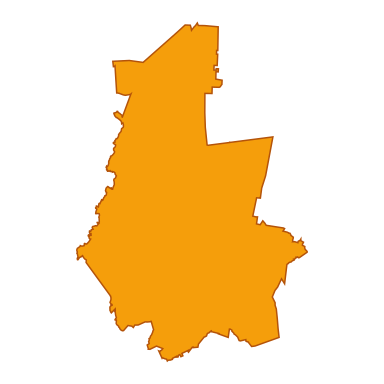 Ocampo, Guanajuato, Mexico
{"feature_id": "50627088B33469083637440", "entity_name": "Ocampo", "entity_type": "district", "adm_level": 2, "iso_a3": "MEX", "parent_name": "Mexico", "parent_adm1": "Guanajuato", "projection": "robinson", "projection_center": [-101.493, 21.604], "detail": "fine", "context": "isolated", "style": "filled", "palette": "amber", "viewbox_px": 384, "rotation_deg": 0, "n_neighbors": 0, "source": "geoboundaries", "source_scale": "gbopen_adm2", "svg_char_len": 5952}
<svg xmlns="http://www.w3.org/2000/svg" viewBox="0 0 384 384"><path d="M218.2,26.8L204.6,25.6L198.3,25.5L197.3,23.0L195.5,25.6L194.2,26.8L191.5,30.3L191.1,27.9L190.3,25.2L185.1,25.0L177.7,31.8L143.1,62.4L129.3,60.5L112.8,61.3L113.4,66.7L114.3,66.6L115.0,65.9L116.7,93.0L117.7,93.0L118.2,93.2L118.8,93.2L123.3,94.9L125.4,95.3L128.9,94.7L130.4,94.4L130.9,94.0L122.4,117.0L122.0,116.8L122.3,116.0L122.2,115.4L120.5,114.2L120.0,113.6L118.1,112.4L117.7,111.4L117.1,111.3L116.7,112.0L116.0,112.5L113.9,113.1L113.9,113.8L114.6,114.9L114.6,115.6L116.3,117.6L117.0,117.7L119.5,119.6L120.7,120.7L121.4,121.7L121.7,123.8L122.9,123.0L123.4,124.6L123.3,125.5L123.5,126.0L123.2,127.4L121.6,128.6L121.1,131.4L119.4,133.4L118.6,134.6L118.6,135.8L117.9,137.5L117.1,138.6L116.2,138.6L115.6,139.8L114.8,140.7L115.0,141.9L114.9,142.2L113.9,142.2L113.4,142.5L113.3,143.2L113.5,143.5L115.6,144.9L115.4,146.4L114.7,147.5L113.7,148.2L113.6,148.5L113.6,150.0L114.6,151.7L114.4,152.6L113.4,154.1L112.2,155.4L111.5,155.9L110.7,156.1L110.5,156.5L110.6,157.4L109.7,158.7L109.3,160.3L108.9,160.7L108.6,162.1L108.8,163.1L108.1,165.5L107.8,166.0L107.3,166.5L106.7,166.0L106.1,167.3L106.3,167.8L106.7,168.0L106.9,169.1L106.3,170.3L106.7,169.9L107.0,170.3L107.2,170.2L107.2,169.8L108.0,170.6L107.8,171.2L108.7,171.1L109.2,171.3L110.1,170.6L110.3,170.8L110.6,171.5L112.5,171.5L112.8,171.8L112.7,172.1L113.7,171.8L114.9,172.8L115.1,173.1L115.0,173.7L115.2,174.3L116.4,175.9L115.7,177.1L115.7,177.7L115.5,178.0L113.9,179.2L113.8,180.5L114.2,181.8L114.3,184.6L112.9,187.8L112.6,189.2L111.6,189.1L111.1,188.7L111.4,188.2L111.3,187.9L110.1,188.2L109.6,187.6L109.1,187.6L108.2,186.7L107.7,186.5L106.6,187.6L106.1,188.2L105.5,190.7L106.1,192.2L106.6,192.4L106.3,194.8L106.0,195.3L104.9,195.7L104.8,196.4L103.7,197.8L102.9,200.0L102.4,200.3L102.4,199.8L102.1,199.6L101.7,199.6L100.1,203.3L100.0,203.6L99.3,203.3L98.9,203.7L98.4,207.0L98.2,207.1L97.0,206.1L96.4,206.0L96.2,207.0L95.6,207.8L95.7,208.3L96.3,208.6L96.8,209.1L95.9,211.9L95.7,213.5L96.0,213.8L96.8,213.5L97.8,213.6L98.0,213.5L99.2,213.8L99.5,215.2L98.8,217.2L99.1,217.6L99.3,222.1L99.1,222.4L98.6,222.7L97.9,222.4L97.2,222.4L97.1,222.7L97.5,223.2L98.8,223.5L96.8,225.9L95.3,225.7L94.3,226.2L92.9,226.4L92.4,226.9L92.2,227.5L93.1,229.2L91.3,229.7L91.0,230.9L90.5,231.3L89.8,230.9L89.5,231.0L89.4,232.3L89.6,233.1L89.9,233.5L90.3,233.7L91.0,233.6L91.1,235.4L90.8,235.5L89.0,234.8L88.5,234.9L88.3,235.3L88.2,235.8L88.4,236.2L89.2,236.5L89.0,237.2L89.1,238.0L89.8,238.9L90.6,239.1L88.9,241.7L87.8,242.9L86.7,244.0L85.7,243.9L84.8,243.4L84.4,243.6L84.2,244.2L84.4,244.7L84.1,245.7L81.9,246.2L80.3,245.6L80.0,246.5L77.3,248.4L76.8,249.9L76.9,251.0L77.3,251.6L77.2,252.1L77.3,252.8L76.9,253.2L77.0,253.5L77.3,253.7L78.0,257.0L77.6,257.5L77.2,258.8L77.5,259.7L78.0,259.7L79.5,257.5L80.3,257.2L80.9,256.7L81.6,256.7L82.2,255.8L82.5,255.6L83.9,258.0L85.0,259.2L86.1,259.7L86.3,260.1L86.1,262.5L110.6,296.1L110.5,296.4L110.9,297.2L111.0,299.3L110.4,301.5L110.0,302.2L110.2,302.9L110.9,303.6L110.9,304.4L112.0,304.5L112.1,305.3L110.7,305.9L109.9,307.1L110.0,310.5L110.5,311.2L110.6,311.9L111.3,312.9L115.2,308.9L115.3,310.6L114.8,311.6L115.2,311.7L115.6,315.1L116.4,317.8L115.6,318.6L115.0,319.7L115.1,320.0L115.8,320.1L116.1,319.8L116.4,320.1L116.2,323.5L116.4,324.0L117.3,325.2L117.7,325.4L118.6,326.3L118.9,327.3L119.4,327.6L120.1,329.1L120.8,329.9L121.5,330.4L122.7,330.8L123.6,330.6L128.0,325.5L131.9,326.2L133.3,327.5L134.8,325.1L138.2,325.0L145.1,321.9L147.4,322.0L150.5,321.7L151.0,321.1L151.0,320.7L153.6,329.8L152.9,331.0L152.7,332.1L151.5,334.9L150.4,336.3L150.1,337.9L149.0,338.6L149.3,340.1L148.6,341.5L149.2,343.6L147.2,345.0L148.3,348.5L148.2,349.2L150.0,349.3L156.5,346.1L162.8,348.6L161.9,349.8L160.9,350.6L160.4,350.7L160.0,351.5L158.8,351.0L162.0,358.1L162.2,357.7L164.9,358.8L166.6,359.2L167.3,361.0L168.1,360.3L169.1,360.1L170.3,360.1L171.3,359.8L171.7,359.3L172.4,359.4L172.6,358.9L172.7,358.3L177.5,355.8L176.5,357.1L178.0,357.0L178.6,355.2L179.8,354.6L180.9,356.7L182.9,355.8L181.9,353.4L188.1,350.4L187.7,351.1L188.5,352.2L192.3,347.2L192.9,347.6L193.3,347.2L193.6,347.6L197.9,347.2L198.5,344.0L204.2,337.0L204.8,336.9L206.5,336.0L207.2,333.8L207.8,333.2L208.9,332.9L209.4,332.5L209.6,332.1L211.1,330.9L211.3,330.8L211.4,331.0L211.3,331.8L212.0,331.8L218.8,333.5L218.5,333.9L228.2,337.4L229.4,329.1L230.2,329.1L231.9,330.2L231.9,331.2L233.8,333.1L234.1,334.1L235.4,334.8L237.7,337.1L238.8,339.9L239.2,340.6L240.4,340.9L245.8,339.6L245.9,341.1L247.2,341.8L247.9,341.7L251.6,346.5L255.1,346.0L279.1,337.4L278.1,328.8L277.3,318.8L276.3,308.9L275.1,305.3L275.1,302.7L272.3,297.0L275.0,290.4L277.6,287.1L281.5,278.8L284.6,283.8L286.9,264.5L287.6,263.8L288.1,263.7L288.7,262.8L289.7,262.4L289.8,262.2L291.1,262.0L291.5,261.7L292.6,260.5L293.6,260.4L294.3,259.9L294.4,259.5L294.0,259.1L294.6,259.0L295.2,258.6L295.4,258.1L295.8,258.0L296.0,257.7L296.1,257.2L296.7,257.5L297.1,257.1L297.7,256.9L298.4,257.7L298.8,257.8L299.4,257.6L306.9,252.4L307.2,252.1L307.2,251.7L306.8,251.0L305.2,249.4L304.9,248.6L304.7,247.8L304.8,246.5L302.4,245.3L302.6,243.7L303.0,243.3L303.5,242.2L300.8,240.7L300.8,239.1L300.2,240.1L299.3,240.8L298.4,241.1L298.1,241.5L297.9,242.7L294.7,241.7L292.7,241.7L292.9,241.4L292.6,240.0L293.1,238.8L293.3,237.2L290.9,235.4L290.7,234.5L289.9,233.2L288.6,233.1L288.5,232.8L287.3,232.2L283.0,231.1L284.6,228.6L283.5,228.0L266.2,225.3L264.8,223.1L262.8,220.8L260.2,224.7L256.5,223.9L257.5,216.9L255.9,216.9L252.8,216.1L256.6,197.8L260.1,198.1L260.1,197.8L260.4,197.9L261.7,188.1L265.6,175.8L272.9,136.9L230.2,142.4L229.9,142.2L229.7,142.5L211.7,144.8L208.1,145.3L207.1,145.0L205.3,127.3L204.8,112.8L204.9,93.4L212.0,93.5L212.2,87.1L219.1,87.3L219.8,87.1L220.5,86.4L221.3,85.1L221.9,84.5L222.1,80.2L215.8,79.1L216.0,71.8L218.2,71.9L218.4,68.8L216.2,68.7L216.1,70.2L213.9,70.0L214.1,65.4L217.2,65.5L217.7,54.2L216.5,54.2L216.6,50.4L217.8,50.5L218.2,26.8Z" fill="#f59e0b" stroke="#b45309" stroke-width="1.5"/></svg>